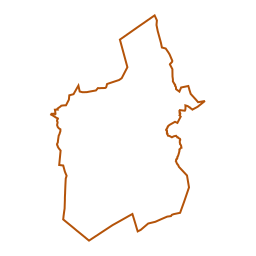 Overhalla nor, Nord-Trøndelag, Norway
{"feature_id": "86288312B92736978662870", "entity_name": "Overhalla nor", "entity_type": "district", "adm_level": 2, "iso_a3": "NOR", "parent_name": "Norway", "parent_adm1": "Nord-Trøndelag", "projection": "albers", "projection_center": [12.025, 64.481], "detail": "fine", "context": "isolated", "style": "outline", "palette": "amber", "viewbox_px": 256, "rotation_deg": 0, "n_neighbors": 0, "source": "geoboundaries", "source_scale": "gbopen_adm2", "svg_char_len": 4745}
<svg xmlns="http://www.w3.org/2000/svg" viewBox="0 0 256 256"><path d="M119.9,39.6L127.4,67.2L121.7,78.2L119.1,80.0L108.2,83.6L107.0,84.1L106.6,85.9L106.1,87.4L105.1,88.0L101.1,88.1L99.6,88.2L97.9,88.1L96.0,90.4L95.1,90.6L89.5,91.6L87.0,92.1L84.4,92.2L83.2,92.2L82.4,92.2L79.7,91.5L78.4,85.6L73.5,94.2L69.3,95.3L68.9,99.6L66.0,105.3L63.4,105.4L61.3,105.7L60.6,106.4L60.5,106.5L57.5,108.6L57.7,109.6L54.9,109.7L55.3,112.0L55.3,112.7L55.4,113.2L55.5,113.9L55.1,114.3L54.7,114.0L54.2,113.8L54.0,113.7L52.7,113.8L52.0,113.8L51.5,113.8L51.1,114.6L52.6,115.4L52.8,115.5L56.2,117.7L56.5,117.8L56.9,118.0L57.9,118.5L57.8,118.9L57.7,119.2L57.6,119.3L57.5,119.5L57.4,119.7L57.3,119.8L57.1,120.0L57.1,120.3L57.1,120.5L57.0,120.8L57.1,121.2L57.2,121.5L57.4,121.7L57.5,121.9L57.6,122.1L57.6,122.4L57.5,122.8L57.5,123.2L57.4,123.6L57.2,124.1L57.2,124.6L57.1,125.1L57.8,127.1L58.1,127.4L58.5,127.9L58.7,128.2L60.4,129.3L60.4,131.1L60.2,131.8L59.9,132.5L59.8,133.0L59.7,133.4L59.3,134.5L58.7,135.6L57.9,141.1L57.9,141.8L57.8,142.4L57.0,144.1L57.2,144.5L57.1,144.9L57.2,145.1L57.5,145.8L57.7,146.0L57.8,146.2L57.8,146.4L57.8,146.7L57.8,146.8L58.0,147.1L58.2,147.3L58.3,147.6L58.5,147.9L58.6,148.1L58.9,148.4L59.0,148.6L60.6,150.6L59.2,165.0L63.2,165.5L64.9,171.7L66.6,175.8L65.7,178.7L65.7,179.2L65.4,185.2L65.1,192.7L65.1,193.3L65.0,195.1L64.9,197.8L64.9,199.7L64.6,208.6L64.3,210.6L64.1,212.0L63.5,216.5L63.5,216.8L63.2,219.4L63.9,220.0L65.0,220.9L73.8,228.1L77.1,230.9L77.9,231.5L89.0,240.6L109.4,227.2L112.6,225.1L120.3,220.8L128.6,216.1L132.4,214.0L133.9,218.8L135.8,225.1L136.7,228.2L137.7,231.4L139.3,230.6L140.7,229.9L148.2,223.5L155.3,221.8L160.7,219.4L167.2,216.6L170.9,216.1L171.9,214.8L173.9,214.1L180.1,212.8L184.2,201.5L189.0,187.4L187.0,175.5L179.8,167.8L178.8,166.7L178.3,165.2L178.2,165.1L177.7,164.7L177.6,164.4L177.3,164.2L177.2,164.0L177.2,163.8L177.1,163.7L176.8,163.2L176.5,162.7L176.4,162.2L176.2,161.8L176.2,161.7L176.1,161.4L176.0,161.2L175.9,161.1L176.0,160.9L176.1,160.7L176.1,160.4L176.1,160.2L176.1,159.9L176.1,159.7L176.2,159.4L176.3,159.2L176.5,159.1L176.7,158.9L176.9,158.9L177.0,158.9L177.1,158.7L177.3,158.2L177.4,157.8L177.3,157.6L177.4,157.4L177.3,157.1L177.4,156.9L177.5,156.8L177.6,156.6L177.7,156.4L177.8,156.2L178.0,156.0L178.1,155.9L178.1,155.7L178.5,154.6L178.7,153.7L179.0,152.9L179.3,151.4L179.5,150.9L179.4,150.6L179.4,150.0L179.5,149.8L179.4,149.6L179.4,149.4L179.5,149.3L179.8,149.1L180.1,148.8L180.4,148.5L180.7,148.2L180.8,148.0L181.1,147.8L181.4,147.7L181.2,147.3L181.3,146.8L181.3,146.6L181.1,146.1L181.1,145.8L181.1,145.7L180.9,145.3L180.8,145.0L180.7,144.9L180.4,144.4L180.1,144.2L180.1,143.9L180.0,143.3L179.8,142.8L179.8,142.3L179.8,141.9L179.8,141.5L179.8,140.7L180.0,140.4L180.2,140.1L180.2,139.6L180.2,139.4L180.0,139.1L179.9,138.8L179.4,138.5L179.2,138.4L178.9,138.3L178.3,137.9L178.2,137.7L177.9,137.3L177.5,137.1L177.2,137.2L176.9,136.7L176.5,136.4L176.1,135.8L173.8,136.3L171.9,137.3L169.9,136.2L169.5,136.0L169.2,135.9L168.7,135.8L168.0,135.7L167.7,135.0L167.5,134.4L167.4,134.3L167.5,134.2L167.4,133.7L167.2,133.5L167.3,133.4L167.2,133.3L167.1,133.1L166.9,133.0L166.9,132.8L166.9,132.6L166.9,132.4L167.0,132.2L166.9,132.0L166.9,131.9L166.9,131.7L167.0,131.6L167.0,131.4L166.9,131.4L166.8,131.2L166.8,130.9L166.8,130.7L166.7,130.7L166.5,130.4L166.4,130.3L166.5,130.2L166.4,129.9L166.2,129.7L166.3,129.5L166.3,129.4L166.6,129.1L166.8,128.8L166.8,128.7L166.9,128.4L167.1,128.3L167.2,128.2L167.3,128.0L167.4,127.8L167.4,127.7L167.5,127.5L167.5,127.4L167.7,127.2L167.7,126.9L167.7,126.7L168.1,126.3L168.1,126.2L168.3,126.1L168.5,125.7L169.7,124.8L175.0,121.8L177.4,122.9L180.7,116.6L179.5,115.3L180.0,114.7L179.9,114.4L179.7,113.5L180.2,113.4L180.0,112.7L179.5,112.0L179.7,111.3L179.4,110.9L179.9,110.1L182.8,110.5L184.8,110.7L185.2,110.0L185.4,109.1L185.5,107.6L185.5,106.9L185.4,105.4L187.7,106.1L189.2,107.2L189.7,107.3L189.8,107.4L190.5,108.3L190.9,108.4L191.1,108.6L191.7,108.9L192.2,109.3L192.4,109.6L197.6,106.8L204.9,101.0L198.1,102.2L196.4,100.2L190.7,93.9L189.6,90.4L189.4,89.9L189.2,88.9L188.3,86.0L181.1,87.5L179.4,91.6L176.1,89.2L176.0,88.6L176.0,88.4L176.0,88.2L176.0,87.9L176.0,87.7L175.9,87.1L175.7,86.6L175.5,86.3L175.0,85.8L175.2,85.1L175.1,84.7L174.9,84.4L174.5,84.0L174.4,84.0L174.1,83.5L174.0,83.3L173.9,83.0L173.8,82.8L173.6,82.6L173.3,82.0L172.9,81.5L172.9,81.4L172.9,81.2L172.9,80.3L172.9,79.3L172.5,76.5L172.4,69.2L169.9,64.4L170.0,64.2L170.1,63.9L170.4,63.6L170.7,63.4L171.0,63.1L171.1,62.9L171.4,62.6L171.5,62.5L171.6,62.3L171.8,62.2L172.0,61.9L172.2,61.6L172.2,61.4L172.2,61.2L172.3,60.8L169.5,54.2L169.1,53.7L168.7,52.9L165.7,48.5L161.9,47.5L160.9,42.7L157.7,31.0L156.5,25.0L156.9,20.4L154.6,15.4L137.3,27.4L119.9,39.6Z" fill="none" stroke="#b45309" stroke-width="2"/></svg>